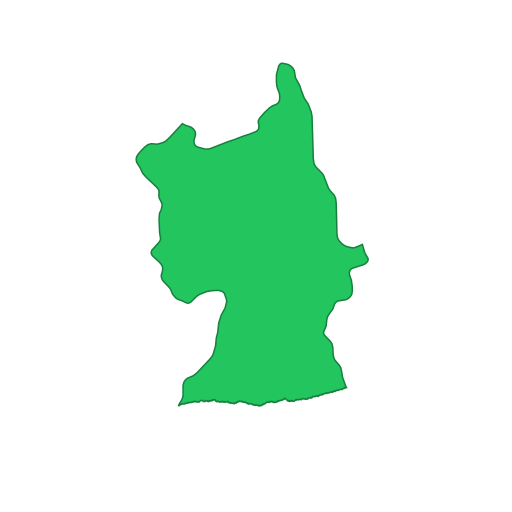 the district of Enriquillo, Barahona, Dominican Republic, rotated 43°
{"feature_id": "3306468B23311881925490", "entity_name": "Enriquillo", "entity_type": "district", "adm_level": 2, "iso_a3": "DOM", "parent_name": "Dominican Republic", "parent_adm1": "Barahona", "projection": "orthographic", "projection_center": [-71.267, 17.983], "detail": "fine", "context": "isolated", "style": "filled", "palette": "green", "viewbox_px": 512, "rotation_deg": 43, "n_neighbors": 0, "source": "geoboundaries", "source_scale": "gbopen_adm2", "svg_char_len": 6162}
<svg xmlns="http://www.w3.org/2000/svg" viewBox="0 0 512 512"><g transform="rotate(43 256 256)"><path d="M411.8,290.5L409.6,289.6L402.1,285.7L396.2,281.2L393.9,279.8L391.3,279.1L385.0,278.4L382.5,277.5L379.6,275.4L374.3,270.3L371.2,268.3L368.6,267.7L359.9,267.2L358.4,266.6L357.3,265.5L355.1,259.5L351.3,254.4L349.9,252.0L349.2,249.4L348.3,242.3L346.4,237.9L346.0,236.3L346.1,234.6L346.6,233.0L351.2,227.2L352.3,224.9L352.7,221.4L352.2,218.7L350.2,215.7L346.9,212.4L342.6,208.9L336.7,205.7L335.2,203.9L334.6,202.3L334.5,200.6L335.0,199.0L340.2,189.7L341.2,187.4L341.4,184.1L340.8,182.6L339.7,181.4L333.7,179.6L325.9,175.0L324.3,178.8L322.2,183.1L320.8,184.4L316.4,187.0L314.1,187.9L310.8,188.4L306.6,188.2L304.1,187.5L301.9,186.1L299.8,184.3L279.1,163.1L275.0,159.6L271.8,158.2L265.2,157.6L262.8,157.0L250.1,150.8L247.5,150.4L238.9,150.0L235.6,149.0L231.4,145.6L201.8,115.7L198.2,113.0L190.6,109.3L183.8,107.7L176.2,104.0L171.9,101.6L163.3,98.7L157.6,94.3L155.1,93.5L152.4,93.3L148.9,94.0L144.3,96.7L143.2,97.7L142.7,99.2L143.0,101.5L147.3,109.5L152.4,115.0L155.2,117.4L157.4,118.8L161.4,120.7L163.7,122.3L165.6,124.3L167.2,126.5L167.7,128.2L167.7,129.9L167.3,131.5L165.6,135.0L164.8,138.6L164.4,145.5L164.6,152.2L165.1,154.7L165.9,156.2L169.4,158.8L171.2,161.3L171.4,162.1L171.3,164.6L167.8,172.0L165.3,176.3L160.1,186.9L157.7,191.2L148.9,209.4L146.1,212.4L138.9,216.2L136.4,216.6L134.7,216.2L132.7,214.8L131.3,212.9L129.1,208.6L127.3,206.9L125.8,206.2L123.1,205.8L120.5,206.1L115.3,208.5L111.9,209.4L112.0,227.9L111.6,233.7L110.4,236.9L107.5,241.6L102.8,245.3L101.0,248.2L100.3,252.2L100.2,258.3L100.4,262.4L101.2,265.3L102.7,267.3L104.7,268.8L111.4,270.6L116.8,272.8L121.7,273.3L135.8,273.4L138.5,273.7L140.2,274.3L141.4,275.3L143.8,278.1L145.6,279.6L150.8,281.5L152.1,282.3L153.1,283.4L155.4,287.4L156.2,290.4L159.8,295.0L169.4,304.5L174.6,308.6L175.3,310.1L175.7,311.8L175.9,322.8L177.0,325.1L179.2,326.3L181.0,326.5L189.6,326.4L193.3,326.9L194.9,327.7L196.2,328.7L197.7,330.6L200.0,334.9L201.2,336.0L203.5,337.2L205.3,337.7L213.1,338.1L216.0,338.5L221.3,340.9L225.7,341.4L228.3,341.0L232.7,339.1L237.3,337.7L238.6,336.8L239.4,335.4L239.8,333.7L240.1,326.2L240.9,322.6L244.2,315.7L247.1,311.8L251.1,307.6L252.6,306.4L255.1,305.1L256.8,304.8L258.6,305.0L264.1,308.0L265.3,309.0L266.2,310.3L268.9,315.2L270.8,322.8L274.4,330.4L280.0,337.8L283.0,343.2L287.6,349.1L291.8,357.4L292.4,360.2L292.6,363.1L292.5,382.1L291.6,386.8L289.3,392.0L288.9,394.6L289.1,396.4L289.6,398.1L291.1,400.6L297.1,407.0L298.8,409.3L299.8,411.8L300.9,417.0L301.7,418.7L301.7,417.2L302.0,417.2L302.0,415.7L302.4,415.7L302.4,415.0L302.7,415.0L302.7,414.6L303.8,413.9L303.8,413.5L304.5,413.1L304.5,412.4L305.2,412.0L305.2,411.3L305.9,410.9L305.9,410.2L306.6,409.8L306.6,409.1L307.0,409.1L307.3,408.3L307.7,408.3L308.0,407.6L308.7,407.2L308.7,406.5L309.4,406.1L309.8,404.6L310.1,404.6L310.1,404.3L310.8,404.3L310.8,403.9L311.5,403.5L311.5,403.2L312.9,402.8L313.3,402.1L314.0,401.7L314.0,399.5L314.7,399.1L315.0,398.4L315.7,398.4L315.7,398.0L317.2,398.0L317.5,397.2L317.9,397.2L317.9,396.1L318.6,395.8L318.6,395.4L319.6,395.4L319.6,395.0L320.3,395.0L320.3,394.3L320.7,394.3L320.7,393.9L321.0,393.9L321.0,393.2L321.4,393.2L321.7,392.4L322.1,392.4L322.1,391.7L322.4,391.7L322.4,391.0L322.8,391.0L322.8,390.2L323.1,390.2L323.1,389.8L323.9,389.5L323.9,389.1L324.5,389.1L324.5,389.5L326.3,389.5L326.7,388.7L327.4,388.7L327.7,388.0L329.1,387.6L329.1,387.3L329.8,386.9L329.8,386.5L330.5,386.1L330.5,385.4L330.9,385.4L330.9,385.0L331.9,385.0L332.3,384.3L332.6,384.3L332.6,383.9L333.4,383.9L334.4,381.7L335.1,381.7L335.1,382.1L335.5,382.1L335.5,381.7L336.5,381.7L336.9,381.0L337.6,381.0L337.6,380.6L338.3,380.6L338.6,379.9L340.0,379.5L340.0,379.1L340.7,378.7L340.7,378.4L341.1,378.4L341.4,376.9L341.8,376.9L341.8,375.4L342.2,375.4L342.2,374.7L342.9,374.3L342.9,373.2L344.3,372.8L344.6,372.1L345.3,372.1L345.3,371.7L346.4,371.7L346.7,371.0L347.4,371.0L347.8,370.2L348.5,370.2L348.5,369.9L349.9,369.9L349.9,369.5L351.0,369.5L351.0,369.1L351.7,369.1L351.7,368.8L352.4,368.4L352.7,367.6L354.1,367.3L354.1,366.9L355.5,366.9L355.9,366.2L356.6,366.2L356.9,365.4L357.6,365.4L357.6,365.1L358.3,364.7L358.3,364.3L359.7,363.9L359.7,363.6L360.5,363.6L360.8,362.8L361.2,362.8L361.2,362.1L361.9,361.7L361.9,361.0L362.2,361.0L362.2,359.5L362.6,359.5L362.6,358.8L363.3,358.4L363.6,355.4L364.3,355.1L364.3,354.7L365.0,354.3L365.0,354.0L365.4,354.0L365.4,353.6L365.7,353.6L365.7,352.8L366.4,352.5L366.4,351.7L366.8,351.7L366.8,351.4L368.2,351.4L368.2,351.0L368.9,351.0L369.2,350.3L370.0,349.9L370.0,349.1L370.7,348.8L370.7,347.7L371.0,347.7L371.0,346.9L371.4,346.9L371.4,346.2L372.1,345.8L372.1,345.1L372.4,345.1L372.8,344.3L373.1,344.3L373.5,342.9L373.8,342.9L373.8,341.4L374.2,341.4L374.2,340.6L374.5,340.6L374.5,340.3L378.0,340.3L378.0,339.9L378.7,339.9L378.7,339.5L379.5,339.5L379.5,339.2L379.8,339.2L379.8,338.4L380.2,338.4L380.2,337.7L381.2,337.7L381.2,337.3L381.9,337.3L382.3,336.6L383.0,336.2L383.0,334.3L383.3,334.3L383.3,334.0L383.7,334.0L383.7,333.2L384.4,332.9L384.7,332.1L385.1,332.1L385.1,331.8L385.8,331.4L385.8,331.0L386.1,331.0L386.5,330.3L386.8,330.3L386.8,329.9L387.2,329.9L387.5,328.4L388.2,328.1L388.2,327.7L389.7,327.3L390.0,326.6L390.7,326.2L390.7,325.5L391.1,325.5L391.1,324.7L391.4,324.7L391.4,323.6L392.5,322.9L392.5,322.5L392.8,322.5L392.8,322.1L393.2,322.1L393.2,321.4L393.5,321.4L393.5,321.0L393.2,321.0L393.2,320.7L393.5,320.7L393.5,319.9L393.9,319.9L394.2,319.2L394.9,318.8L394.9,318.1L395.3,318.1L395.3,317.3L396.0,317.0L396.0,316.6L396.7,316.6L396.7,316.2L397.0,316.2L397.0,315.5L397.4,315.5L397.4,314.0L398.1,313.6L398.1,313.3L398.4,313.3L398.4,312.5L399.2,312.1L399.2,311.4L399.5,311.4L399.5,310.3L400.2,309.9L400.6,308.4L401.3,308.4L401.3,308.1L401.6,308.1L401.6,307.3L402.7,306.6L403.0,305.1L403.4,305.1L403.7,304.4L404.4,304.0L404.4,303.3L404.8,303.3L404.8,302.5L405.1,302.5L405.1,301.8L405.8,301.4L405.8,301.0L406.2,301.0L406.2,299.9L406.5,299.9L406.9,298.5L407.6,298.5L407.6,297.7L408.3,297.3L408.6,295.9L409.4,295.5L409.7,294.8L410.1,294.8L410.4,292.5L410.8,292.5L410.8,291.8L411.5,291.4L411.5,290.7L411.8,290.5Z" fill="#22c55e" stroke="#15803d" stroke-width="1.5"/></g></svg>